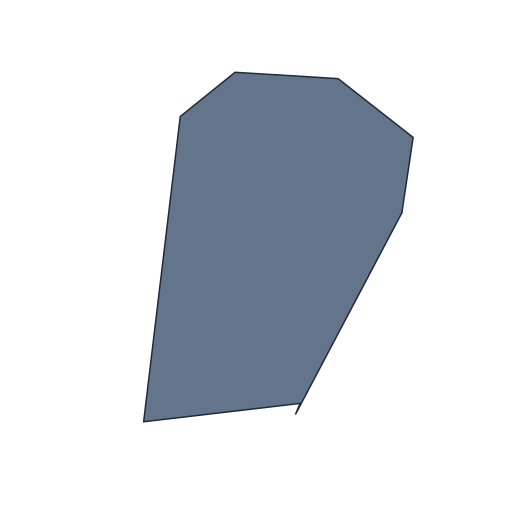 SVG path tracing the border of Saint Mark, rotated 201°
{"feature_id": "DMA-1438", "entity_name": "Saint Mark", "entity_type": "Parish", "adm_level": 1, "iso_a3": "DMA", "parent_name": "Dominica", "parent_adm1": "", "projection": "robinson", "projection_center": [-61.362, 15.223], "detail": "fine", "context": "isolated", "style": "filled", "palette": "slate", "viewbox_px": 512, "rotation_deg": 201, "n_neighbors": 0, "source": "natural_earth", "source_scale": "10m", "svg_char_len": 278}
<svg xmlns="http://www.w3.org/2000/svg" viewBox="0 0 512 512"><g transform="rotate(201 256 256)"><path d="M376.7,359.1L341.4,420.0L242.9,451.0L151.8,423.0L135.3,348.6L162.4,122.2L162.0,134.2L301.5,61.0L376.7,359.1Z" fill="#64748b" stroke="#1e293b" stroke-width="1.5"/></g></svg>